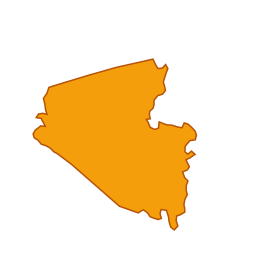 the district of Iomerê, Santa Catarina, Brazil, rotated 27°
{"feature_id": "56859067B7415267363255", "entity_name": "Iomerê", "entity_type": "district", "adm_level": 2, "iso_a3": "BRA", "parent_name": "Brazil", "parent_adm1": "Santa Catarina", "projection": "robinson", "projection_center": [-51.259, -26.979], "detail": "fine", "context": "isolated", "style": "filled", "palette": "amber", "viewbox_px": 256, "rotation_deg": 27, "n_neighbors": 0, "source": "geoboundaries", "source_scale": "gbopen_adm2", "svg_char_len": 1371}
<svg xmlns="http://www.w3.org/2000/svg" viewBox="0 0 256 256"><g transform="rotate(27 128 128)"><path d="M40.0,133.7L39.2,140.0L43.3,144.8L46.2,149.1L49.6,152.6L45.4,153.6L41.9,156.2L41.5,160.4L46.2,158.9L49.5,161.2L53.6,164.1L49.3,165.7L46.4,172.0L46.1,176.3L48.9,179.3L53.3,179.7L58.1,181.8L63.0,181.0L67.6,181.2L72.8,182.9L76.3,182.9L94.0,186.0L143.1,198.4L150.7,200.3L155.9,201.6L175.6,199.0L178.7,194.0L183.7,194.6L187.9,197.0L192.1,196.6L196.3,195.9L198.8,193.4L195.4,189.8L194.5,185.6L199.6,183.9L204.1,188.4L207.3,193.0L211.1,196.9L215.5,197.8L216.9,192.8L212.9,188.5L211.3,184.3L213.9,181.7L216.8,177.2L214.8,173.6L212.5,170.7L211.1,165.7L211.1,160.6L207.8,156.6L206.0,152.6L205.5,148.0L201.0,146.5L196.6,142.3L199.9,138.5L200.3,134.6L196.8,132.2L194.1,129.9L196.7,126.5L199.7,121.0L195.0,119.8L193.2,124.2L189.5,123.3L187.2,118.3L188.9,111.1L193.3,108.0L192.2,103.3L189.1,100.2L184.3,98.5L179.6,97.3L175.8,97.9L176.0,103.3L171.1,104.7L165.9,105.5L161.6,107.4L157.8,108.0L153.0,108.4L155.2,114.2L152.6,117.1L147.6,117.4L144.4,114.6L140.4,111.9L143.7,109.7L141.3,106.9L139.7,103.3L141.3,99.2L140.6,95.4L138.6,91.5L139.8,85.7L143.5,82.1L144.3,77.5L141.8,74.4L138.6,71.0L137.2,63.0L136.5,56.9L132.7,54.4L131.3,59.2L127.7,61.4L124.0,59.2L119.0,55.3L89.7,79.6L69.0,98.8L42.8,124.0L39.1,127.8L40.0,133.7Z" fill="#f59e0b" stroke="#b45309" stroke-width="1.5"/></g></svg>